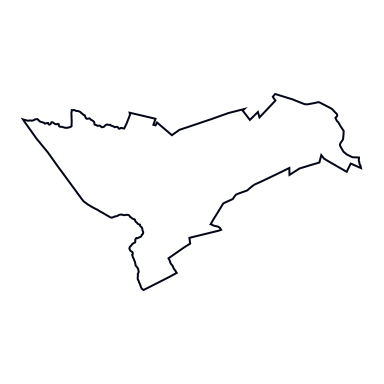 Saboti, Rift Valley, Kenya (orthographic projection)
{"feature_id": "3690345B89105260268555", "entity_name": "Saboti", "entity_type": "district", "adm_level": 2, "iso_a3": "KEN", "parent_name": "Kenya", "parent_adm1": "Rift Valley", "projection": "orthographic", "projection_center": [34.819, 0.95], "detail": "fine", "context": "isolated", "style": "outline", "palette": "ink", "viewbox_px": 384, "rotation_deg": 0, "n_neighbors": 0, "source": "geoboundaries", "source_scale": "gbopen_adm2", "svg_char_len": 4822}
<svg xmlns="http://www.w3.org/2000/svg" viewBox="0 0 384 384"><path d="M23.0,119.4L24.8,122.2L27.0,125.2L28.7,127.6L32.6,133.1L34.9,136.3L36.5,138.6L47.6,152.1L49.8,155.1L52.9,159.5L58.4,167.2L63.8,174.5L70.1,183.1L81.6,198.8L83.5,201.2L84.1,201.7L87.6,204.3L91.4,206.6L93.7,207.9L95.6,208.9L97.1,209.6L99.1,210.8L99.8,211.3L100.9,211.9L102.8,212.9L104.3,213.8L107.4,215.6L110.1,217.2L111.8,217.7L113.1,217.2L114.0,216.9L114.6,216.5L115.4,216.4L116.5,216.2L117.6,215.8L118.6,215.2L119.4,214.8L120.7,214.6L122.0,214.6L122.8,214.9L123.8,215.1L125.0,215.1L126.1,214.9L127.0,214.8L128.0,214.9L128.8,215.2L129.4,215.7L130.0,216.8L130.9,217.3L131.8,218.1L132.9,218.8L134.4,219.3L135.0,219.8L135.1,220.6L135.5,221.4L136.1,222.1L137.0,222.7L137.5,223.5L138.2,224.1L139.2,224.4L140.0,224.7L140.1,225.5L140.4,226.3L141.0,226.7L141.6,227.3L142.0,228.0L142.3,228.9L142.4,230.0L142.8,231.1L143.2,232.1L143.1,232.9L143.0,233.7L142.4,234.3L141.7,234.9L141.6,235.7L141.1,236.5L140.3,236.9L139.5,237.2L138.6,237.7L137.4,238.2L136.4,238.0L135.7,238.9L135.2,239.9L135.3,240.9L135.3,241.7L135.0,242.5L134.3,242.8L133.4,243.3L132.6,243.8L132.0,244.4L131.5,245.2L130.8,246.0L129.9,246.8L129.5,247.8L129.4,248.7L129.9,249.6L130.2,250.4L130.7,251.0L131.4,251.5L132.2,251.9L132.7,252.6L132.8,253.9L132.1,254.9L132.6,255.9L132.9,257.4L133.6,258.4L133.9,259.5L134.4,260.7L134.8,261.4L135.0,262.2L135.2,263.3L135.5,264.6L135.6,265.6L136.4,266.3L136.9,267.1L137.5,267.8L138.0,268.5L138.2,269.5L138.4,270.4L138.7,271.2L138.6,272.2L138.2,273.1L137.8,274.1L137.9,275.9L137.7,277.5L137.7,278.8L138.0,279.8L138.5,280.5L138.8,281.4L139.0,282.4L139.7,283.4L140.0,284.4L140.3,285.1L140.6,286.0L141.0,287.2L141.5,288.0L141.8,288.8L142.8,289.4L143.5,290.0L149.5,287.0L169.0,277.1L176.7,272.9L176.1,272.0L175.6,271.2L175.1,270.2L174.6,269.7L174.0,269.0L173.6,268.2L173.2,267.3L172.9,266.5L172.3,265.4L171.4,264.4L170.6,263.4L170.3,262.4L170.0,261.4L169.2,259.6L168.5,258.3L184.1,247.4L190.2,243.6L189.4,237.9L193.6,236.8L219.0,230.6L221.1,229.8L220.1,228.1L219.1,227.3L218.2,226.7L217.2,226.4L216.0,226.2L215.0,226.0L213.8,225.6L212.8,225.2L212.0,224.9L211.5,224.3L210.7,224.2L213.4,219.4L218.1,211.9L222.6,204.5L223.3,203.4L228.2,201.1L230.3,200.2L232.8,199.0L235.1,195.7L235.8,194.8L236.5,194.4L238.1,193.7L245.1,191.2L247.1,190.5L247.8,189.9L251.7,186.6L252.5,186.0L254.3,184.7L262.4,181.0L273.1,175.9L283.6,170.8L289.3,168.0L289.5,174.9L299.5,168.5L310.9,165.0L319.4,162.5L319.6,161.6L321.3,155.1L324.0,158.6L328.6,161.4L346.7,171.8L350.7,163.6L351.5,163.9L361.0,168.1L360.5,165.7L359.5,164.0L359.4,162.8L359.2,161.8L358.8,160.9L358.9,159.1L359.0,157.5L358.0,157.5L357.0,157.4L353.1,157.3L351.9,157.0L351.1,156.6L347.4,154.8L346.6,154.3L344.4,152.5L343.6,151.8L343.1,151.1L341.1,147.6L340.1,145.8L340.0,144.7L340.2,143.8L340.8,142.6L342.5,140.2L342.9,139.5L343.1,138.8L343.5,134.5L343.7,131.0L343.0,129.9L340.6,126.3L338.3,122.3L336.9,120.9L335.4,117.9L336.0,117.2L336.7,116.6L337.2,115.8L337.1,114.6L336.5,113.6L335.1,112.3L332.6,109.6L331.6,108.7L330.6,108.2L328.8,107.2L319.3,102.3L318.2,102.2L314.1,103.1L309.4,104.0L308.0,104.3L307.0,104.3L304.7,104.2L299.3,102.1L294.8,100.3L293.3,99.6L289.4,98.4L282.9,96.4L276.2,94.3L275.1,94.0L272.8,96.8L275.4,100.6L265.5,111.1L259.5,117.4L257.9,112.0L249.9,119.9L248.5,118.1L244.4,112.8L242.6,110.6L244.3,109.0L228.6,113.0L210.3,119.5L208.4,120.1L188.6,126.8L179.5,129.8L171.9,135.2L157.0,122.5L155.5,125.4L153.4,124.8L155.5,118.8L151.0,117.7L129.6,112.7L130.0,114.8L128.8,117.9L126.8,123.0L124.2,128.5L122.9,128.3L121.7,128.0L120.7,128.0L119.9,128.5L119.0,128.7L118.3,127.9L117.7,127.1L116.7,126.8L115.7,127.0L114.6,127.2L113.8,126.6L112.4,126.0L111.1,125.7L110.4,124.9L109.5,124.9L108.5,124.9L107.3,124.5L106.3,124.7L105.4,125.3L103.9,126.8L102.4,127.2L101.6,127.2L100.9,126.5L100.1,125.8L99.1,125.6L98.3,125.7L97.3,125.8L96.4,125.2L95.6,124.9L94.6,124.6L94.3,123.0L94.2,122.3L93.8,121.6L92.8,120.8L91.7,120.1L90.8,119.7L90.2,118.9L89.5,118.4L87.6,118.7L86.8,118.8L86.0,118.2L85.5,117.4L84.6,115.2L83.6,115.0L83.0,114.4L82.4,113.7L81.5,113.2L80.6,112.2L79.6,111.7L78.6,111.2L77.4,111.0L76.1,110.9L75.0,110.4L73.9,110.0L72.9,110.2L71.8,110.1L71.4,113.2L71.7,121.4L71.5,126.3L70.7,126.8L69.6,127.2L68.3,127.6L67.1,127.8L65.8,127.8L64.9,127.7L64.0,127.4L63.1,127.2L62.1,126.9L61.2,126.8L60.0,126.7L59.2,126.3L58.8,125.5L58.8,124.3L57.5,123.9L56.2,124.3L55.3,124.1L54.5,123.7L53.7,123.0L52.9,122.5L52.2,122.2L51.4,122.4L51.0,123.1L50.5,124.1L49.8,124.5L49.0,124.5L48.4,123.9L48.2,123.1L47.2,123.0L46.1,123.3L44.8,123.6L43.9,122.8L43.0,122.5L42.2,122.2L41.4,122.0L40.5,121.7L39.7,121.4L39.1,120.8L38.6,120.2L37.4,119.1L36.2,119.2L35.2,119.4L34.2,119.9L33.0,120.5L31.6,120.7L30.2,120.4L29.1,120.6L28.0,120.7L27.1,120.6L26.3,120.3L25.5,120.1L24.6,119.9L23.0,119.4Z" fill="none" stroke="#020617" stroke-width="2"/></svg>